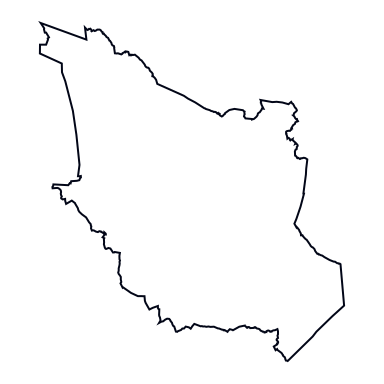 the district of Mazapil, Zacatecas, Mexico
{"feature_id": "50627088B29003489227366", "entity_name": "Mazapil", "entity_type": "district", "adm_level": 2, "iso_a3": "MEX", "parent_name": "Mexico", "parent_adm1": "Zacatecas", "projection": "natural_earth1", "projection_center": [-101.902, 24.38], "detail": "fine", "context": "isolated", "style": "outline", "palette": "ink", "viewbox_px": 384, "rotation_deg": 0, "n_neighbors": 0, "source": "geoboundaries", "source_scale": "gbopen_adm2", "svg_char_len": 5930}
<svg xmlns="http://www.w3.org/2000/svg" viewBox="0 0 384 384"><path d="M260.6,100.0L261.1,101.1L261.3,101.1L260.9,101.6L260.8,102.8L261.2,103.2L261.3,104.1L261.7,105.1L263.5,108.7L262.0,108.5L261.5,109.8L259.7,112.3L258.5,112.9L257.9,113.6L257.5,115.3L256.5,116.7L254.0,118.9L252.0,119.5L252.0,119.0L245.4,118.4L244.9,117.4L244.0,116.5L244.3,114.9L244.7,114.1L244.3,112.8L244.6,111.6L244.1,111.4L242.9,110.2L234.5,108.9L229.4,110.0L225.1,113.1L224.8,114.1L224.0,114.5L222.8,115.9L221.8,116.5L219.8,115.3L219.5,114.6L219.7,113.9L218.9,113.4L218.5,113.7L218.1,113.0L217.3,113.6L216.0,112.2L214.8,111.8L213.9,112.0L212.7,111.3L211.2,111.0L209.6,110.1L205.9,109.0L205.1,108.4L204.4,108.3L195.2,102.4L188.0,98.6L183.9,95.8L157.3,83.9L156.1,79.8L154.7,77.8L153.3,76.5L152.9,76.4L152.9,75.8L152.4,75.9L152.7,73.8L151.9,72.6L149.9,70.7L149.2,68.7L148.4,67.8L147.9,67.6L147.3,67.7L145.9,66.8L145.1,65.7L144.8,64.7L141.5,60.4L140.0,59.6L138.6,57.7L134.9,54.7L133.1,55.0L131.8,54.7L131.6,54.8L131.6,55.2L130.9,55.4L130.2,54.7L129.3,55.2L128.3,51.9L126.6,51.5L125.6,52.2L125.3,51.5L124.8,51.7L124.3,52.3L122.5,53.2L122.3,53.8L121.3,54.4L117.9,53.3L116.8,53.5L114.9,53.3L114.1,47.7L114.3,47.4L113.9,46.0L112.4,45.3L111.7,44.2L111.4,42.9L110.0,40.8L109.4,40.6L108.1,37.9L106.5,37.0L105.8,35.8L103.8,34.0L104.0,34.0L103.9,33.7L102.9,33.7L102.6,32.1L101.8,31.8L100.7,30.2L99.7,29.6L97.3,29.6L95.7,30.7L94.7,31.0L93.6,30.2L91.6,31.3L91.4,31.1L91.6,30.4L91.1,29.5L90.3,28.7L89.6,29.1L89.0,28.9L87.7,30.0L87.0,29.7L85.0,27.6L86.4,39.6L40.7,23.0L44.2,28.3L44.0,29.4L44.8,32.6L46.1,32.6L49.0,37.4L47.7,38.4L48.0,39.6L46.1,44.7L40.0,44.7L39.9,53.5L61.8,63.5L62.0,72.3L65.3,81.3L72.9,110.9L76.4,134.8L79.5,164.9L78.0,176.2L79.5,176.2L79.6,176.3L80.8,176.0L80.9,177.4L80.4,177.5L79.3,180.2L76.9,180.8L71.2,181.2L70.6,183.4L69.8,183.1L68.3,185.2L53.4,184.4L53.2,185.8L52.4,187.0L52.6,188.3L57.4,187.9L58.6,188.3L60.3,189.7L60.8,190.5L61.1,192.0L60.8,193.6L61.0,194.7L61.2,195.5L61.8,196.3L61.1,197.9L61.2,198.4L62.6,199.4L65.1,198.9L65.2,200.9L66.1,203.9L71.8,200.6L75.1,203.2L75.2,203.7L77.8,208.1L78.4,210.3L79.3,211.8L81.9,214.3L86.1,217.4L89.1,222.3L90.7,224.1L90.9,225.8L91.3,226.3L91.0,228.3L91.9,230.6L93.0,230.3L94.0,230.5L95.9,231.6L97.9,232.1L99.3,231.2L100.0,231.3L101.3,232.0L101.5,231.9L101.7,232.3L101.7,232.1L104.2,233.6L104.3,232.3L105.7,233.6L105.8,234.5L104.2,234.5L104.0,235.5L102.6,237.3L104.3,238.2L103.9,239.2L104.1,242.4L103.9,244.3L104.9,247.8L105.6,248.8L106.3,248.9L108.4,248.0L110.4,248.5L113.0,252.5L114.3,252.4L114.7,252.0L119.9,252.9L119.4,255.9L119.5,259.3L120.0,260.5L119.5,261.9L119.7,263.3L119.5,265.1L118.7,268.3L118.7,270.7L118.2,272.6L118.8,274.1L119.8,275.3L120.8,276.9L120.8,279.6L121.3,282.0L120.5,283.4L122.5,287.4L122.7,287.1L131.0,292.9L137.8,296.1L144.5,296.2L144.9,300.8L145.6,302.8L149.4,309.5L152.8,307.8L157.9,306.0L157.9,308.0L158.6,309.2L159.3,309.3L159.1,315.0L159.4,316.4L159.9,317.2L160.4,319.7L160.4,320.7L159.1,322.9L161.3,321.7L163.2,321.3L165.1,319.7L167.1,318.7L169.2,318.9L170.1,319.9L170.3,320.7L170.6,320.9L171.2,321.9L171.9,322.6L172.0,322.9L172.5,324.6L173.4,326.1L174.2,326.4L175.9,331.6L177.3,331.8L177.9,331.2L181.0,330.0L182.4,328.5L184.0,328.5L185.7,326.6L188.8,327.3L190.7,328.7L192.4,326.1L194.3,323.9L200.7,326.3L201.9,326.1L203.0,326.5L204.6,326.4L206.3,326.8L208.6,326.5L210.4,326.9L213.9,326.7L217.9,328.4L219.1,328.5L221.8,329.6L222.9,329.7L223.5,329.9L223.6,330.3L224.3,330.4L224.7,330.1L227.5,331.8L227.8,331.2L229.8,329.2L232.8,330.0L233.0,330.2L239.3,326.7L244.7,325.6L244.7,325.8L245.8,326.5L247.0,327.8L247.4,327.8L247.8,327.5L247.8,327.1L248.2,327.0L249.3,327.2L250.2,328.1L253.9,327.9L254.4,327.4L254.7,327.5L254.7,327.2L255.4,327.2L256.9,328.5L258.6,328.8L259.5,329.2L260.7,330.7L261.7,331.0L262.6,331.7L263.2,331.6L264.1,331.9L264.4,332.5L265.3,332.4L266.2,331.7L266.4,331.8L266.5,331.2L267.5,330.7L268.2,330.5L269.2,330.8L269.9,331.3L270.9,331.4L270.8,331.7L271.7,331.6L272.0,331.0L273.3,330.4L275.0,330.2L277.4,329.1L278.0,331.3L278.0,334.3L277.5,335.6L278.0,338.0L276.8,339.1L276.6,339.7L276.8,340.4L277.9,341.4L278.1,341.9L278.1,342.6L277.4,344.0L277.0,343.7L276.5,344.8L273.8,346.5L275.6,350.2L277.1,349.1L277.4,349.8L277.8,350.2L281.2,352.7L281.9,353.4L282.8,355.1L283.0,355.1L283.4,356.2L284.7,357.1L285.2,358.3L285.4,359.5L286.0,360.6L287.1,360.6L287.7,361.0L312.7,336.5L316.4,331.7L332.6,316.0L344.1,305.6L340.5,264.2L339.7,263.6L339.0,263.8L338.4,263.3L337.2,263.2L335.0,261.7L333.6,261.6L329.6,260.0L324.4,257.1L322.3,255.6L320.5,255.1L318.4,253.9L318.3,254.1L317.9,253.7L317.3,253.8L315.3,251.2L314.4,249.0L312.8,247.4L311.7,246.9L310.7,245.9L309.8,244.3L306.6,239.7L305.7,239.2L303.7,237.1L303.1,236.2L302.7,236.0L302.4,235.2L301.0,235.3L300.8,233.4L299.4,230.9L299.2,230.1L297.7,228.1L296.6,226.9L296.4,227.3L294.4,223.7L296.4,218.9L300.5,206.8L304.0,193.6L303.4,193.5L305.9,174.6L306.2,168.8L307.3,159.6L307.3,159.4L305.5,158.2L304.5,157.9L303.6,157.8L301.9,158.3L301.0,158.2L300.5,158.8L299.9,159.0L298.4,157.9L298.0,157.8L297.9,158.1L297.4,158.2L297.0,157.8L296.6,156.8L295.7,155.8L295.1,155.6L294.9,151.4L295.6,149.6L296.6,149.2L296.9,147.3L296.8,147.0L297.7,145.8L297.5,144.9L296.2,143.4L295.2,143.9L295.4,143.4L295.2,142.4L293.6,141.1L293.3,140.5L292.6,140.2L292.4,139.9L292.6,139.1L292.0,139.5L291.2,139.6L290.3,140.4L289.9,139.9L289.7,138.9L289.1,138.2L288.3,137.8L287.4,138.6L286.9,135.6L286.5,134.8L286.5,134.3L286.3,134.2L286.4,133.6L286.1,133.4L286.1,132.4L286.2,131.6L287.0,131.1L289.0,130.7L289.9,130.9L290.3,130.3L291.3,129.7L291.2,128.6L292.0,128.5L291.7,127.6L293.1,125.2L295.0,123.8L295.3,122.4L296.5,121.6L297.5,121.5L298.0,121.2L297.0,119.7L296.9,119.0L296.1,119.1L295.1,118.0L294.4,116.5L293.2,115.4L293.6,115.3L294.0,113.3L296.4,111.2L296.9,110.3L296.6,109.6L296.0,108.4L295.0,107.6L293.1,104.0L292.2,103.5L291.2,101.9L288.5,104.2L282.4,102.5L276.7,101.8L272.3,102.1L260.6,100.0Z" fill="none" stroke="#020617" stroke-width="2"/></svg>